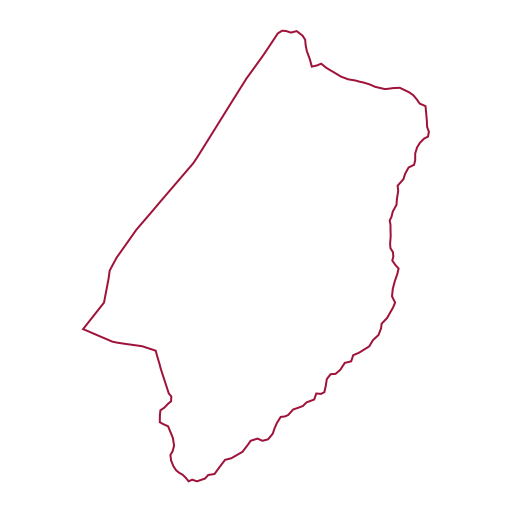 Canapi, Alagoas, Brazil (Natural Earth projection)
{"feature_id": "56859067B46648773088158", "entity_name": "Canapi", "entity_type": "district", "adm_level": 2, "iso_a3": "BRA", "parent_name": "Brazil", "parent_adm1": "Alagoas", "projection": "natural_earth1", "projection_center": [-37.509, -9.127], "detail": "fine", "context": "isolated", "style": "outline", "palette": "rose", "viewbox_px": 512, "rotation_deg": 0, "n_neighbors": 0, "source": "geoboundaries", "source_scale": "gbopen_adm2", "svg_char_len": 2036}
<svg xmlns="http://www.w3.org/2000/svg" viewBox="0 0 512 512"><path d="M277.9,33.3L263.8,54.5L253.0,69.5L246.4,78.6L232.9,100.1L212.1,133.5L197.3,157.2L193.2,163.3L161.2,200.6L153.2,210.1L136.3,229.8L119.5,253.6L116.9,257.2L113.0,264.3L109.7,270.6L108.6,278.5L104.0,302.6L83.1,329.1L101.0,336.8L106.7,339.2L112.2,341.6L117.4,342.7L124.8,343.8L142.1,346.2L155.7,350.7L157.0,355.6L159.6,364.3L160.7,368.6L168.8,393.5L171.3,396.4L171.1,401.3L168.1,403.7L164.3,407.7L160.4,410.3L159.9,415.2L159.8,422.2L163.2,424.1L168.1,426.3L170.1,431.2L172.8,437.7L174.1,445.6L172.6,451.3L170.4,455.0L171.1,460.5L173.4,466.2L176.2,470.4L179.5,473.0L182.6,474.7L185.6,477.6L188.6,481.3L192.2,479.7L196.9,481.3L205.0,478.6L208.2,475.0L214.5,474.0L219.9,466.6L225.1,459.8L231.2,458.3L242.5,451.8L248.5,443.9L250.6,440.8L257.5,438.6L262.5,440.8L268.1,439.3L272.8,433.6L274.3,429.0L276.9,423.0L280.7,416.9L284.8,416.5L288.2,415.0L293.1,409.5L298.4,407.7L302.9,406.0L306.5,402.4L314.2,399.5L316.3,393.5L321.0,393.9L324.4,392.1L325.8,385.6L326.8,379.1L330.6,374.2L335.5,373.9L340.2,369.9L344.8,362.9L351.2,361.3L353.2,355.2L358.9,352.8L369.2,346.4L373.0,340.1L378.5,335.0L381.1,328.2L381.6,323.7L387.1,318.0L393.1,307.4L395.1,302.6L392.0,296.3L392.8,288.8L394.8,281.2L397.3,274.0L398.6,268.5L395.4,265.0L392.3,260.6L393.3,256.6L393.0,252.3L390.4,248.1L390.1,243.5L390.7,236.1L390.5,229.0L390.5,224.7L389.7,220.5L391.5,216.8L392.8,211.5L396.5,204.8L396.9,199.2L398.2,190.8L397.6,185.7L403.4,179.2L405.2,173.6L408.6,167.5L414.1,164.8L415.2,160.1L415.2,153.5L417.1,147.4L419.9,142.8L424.1,138.6L428.0,136.6L428.9,131.8L427.1,126.8L426.8,120.2L426.1,112.4L425.5,106.1L419.7,103.6L417.1,99.8L413.3,95.2L409.0,92.2L405.0,90.3L399.8,87.8L392.9,88.1L388.8,88.7L385.0,89.1L379.8,87.9L375.0,86.8L370.2,84.6L363.9,82.6L359.6,81.7L355.4,80.5L348.1,79.3L341.0,76.6L326.4,67.9L321.2,63.7L316.8,65.5L311.8,66.6L309.9,59.4L306.8,51.0L305.6,44.9L305.2,39.8L302.6,35.7L296.7,31.1L290.9,32.6L286.4,31.1L282.2,30.7L277.9,33.3Z" fill="none" stroke="#9f1239" stroke-width="2"/></svg>